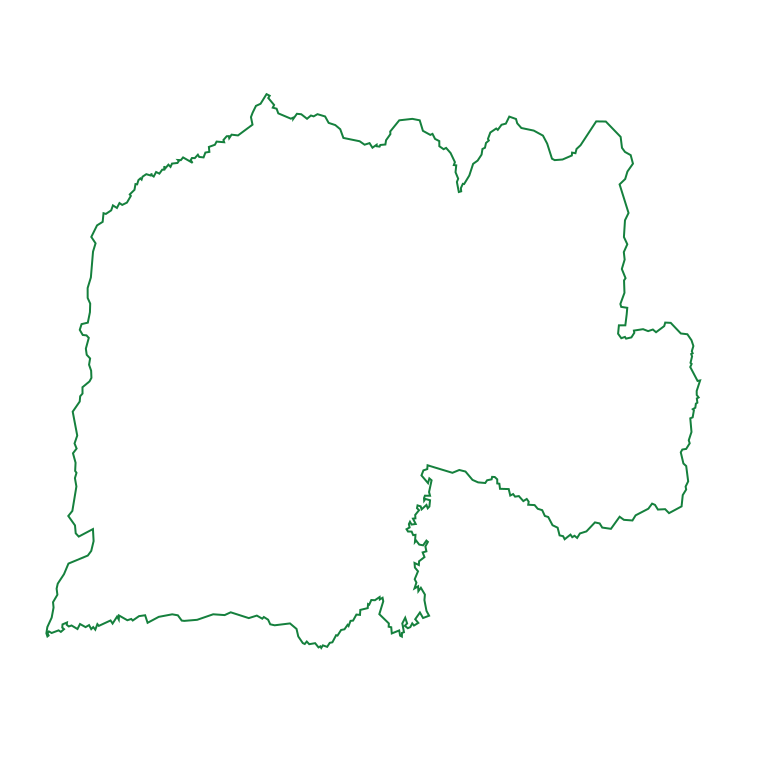 Si Thep, Phetchabun, Thailand (Equal Earth projection), rotated 185°
{"feature_id": "78962969B52356787217870", "entity_name": "Si Thep", "entity_type": "district", "adm_level": 2, "iso_a3": "THA", "parent_name": "Thailand", "parent_adm1": "Phetchabun", "projection": "equal_earth", "projection_center": [101.094, 15.447], "detail": "fine", "context": "isolated", "style": "outline", "palette": "green", "viewbox_px": 768, "rotation_deg": 185, "n_neighbors": 0, "source": "geoboundaries", "source_scale": "gbopen_adm2", "svg_char_len": 6115}
<svg xmlns="http://www.w3.org/2000/svg" viewBox="0 0 768 768"><g transform="rotate(185 384 384)"><path d="M678.3,529.7L678.4,521.0L683.7,517.0L688.4,505.0L683.6,499.0L685.4,490.5L685.3,464.6L687.6,453.8L686.7,443.9L683.7,438.5L683.2,429.9L684.4,419.3L690.5,417.3L691.8,411.4L688.4,406.6L684.6,406.5L682.1,404.2L684.1,393.2L682.7,387.2L679.0,383.8L679.5,377.5L676.9,371.7L676.0,364.6L677.6,360.9L684.1,354.5L683.5,348.2L685.6,345.3L685.6,340.0L691.7,329.3L685.1,305.9L687.1,297.8L684.6,292.9L687.8,287.9L684.4,278.7L684.1,270.5L682.6,268.7L683.7,263.3L681.5,255.1L683.4,230.4L687.0,225.0L679.5,216.2L678.1,208.4L674.8,205.4L661.3,214.1L659.6,202.2L661.1,192.2L664.1,187.3L682.7,177.6L686.2,166.7L691.6,156.7L692.3,151.6L691.0,145.6L694.7,137.8L693.7,132.5L694.7,122.3L698.2,112.5L698.6,106.2L697.3,103.2L696.2,104.2L697.5,106.5L696.3,108.3L693.4,107.0L686.7,110.2L684.3,108.9L681.4,111.9L683.3,113.3L683.3,116.5L679.0,118.8L679.1,116.5L676.9,115.0L674.2,116.2L668.0,113.2L665.9,118.4L660.1,115.8L656.8,118.1L654.3,114.3L652.5,116.5L650.2,114.1L648.6,119.8L647.0,118.2L635.8,124.6L633.5,121.7L629.6,129.1L627.7,126.2L627.8,130.3L619.1,126.3L615.3,127.9L613.7,126.5L607.8,131.4L601.8,132.8L598.7,125.5L588.1,132.4L574.9,136.1L569.2,135.6L564.9,130.7L562.4,130.6L549.6,132.8L534.1,139.7L522.6,139.9L516.8,143.2L498.3,139.0L490.5,142.2L484.8,139.6L483.4,141.4L478.9,139.1L476.4,134.7L471.9,134.1L456.8,137.3L449.8,132.4L447.4,125.0L442.3,118.8L440.3,118.1L438.5,120.7L435.8,118.3L430.0,119.8L426.3,115.9L424.5,117.1L423.5,115.6L422.1,118.3L417.7,117.2L415.5,121.4L412.9,122.2L409.8,129.6L408.4,129.3L405.3,135.2L402.0,136.2L399.3,140.9L398.2,139.8L396.7,145.1L394.2,145.6L391.4,151.9L387.8,151.9L387.9,156.9L380.7,159.3L380.7,163.4L379.5,162.9L377.8,167.7L374.2,167.8L369.8,171.4L369.4,169.0L366.8,170.9L365.8,167.5L368.6,154.3L358.3,145.9L358.2,142.6L355.6,142.3L354.5,136.2L347.4,139.8L346.0,134.7L344.2,133.9L344.4,137.6L342.5,138.5L344.9,147.1L342.5,153.0L340.1,147.5L342.2,144.9L339.0,142.8L336.6,144.1L335.0,148.0L333.1,146.0L329.0,149.0L332.4,152.4L328.3,159.5L324.7,154.3L318.9,157.1L321.9,161.7L324.9,172.2L324.9,177.8L329.5,184.2L331.7,180.6L332.4,185.4L335.8,183.0L334.4,189.0L336.4,192.2L333.8,200.4L337.2,203.8L338.0,208.4L333.5,206.7L333.6,210.5L328.6,215.1L330.8,219.6L327.2,221.0L328.6,225.8L326.5,230.5L328.1,231.7L331.0,226.7L334.9,227.1L338.3,230.8L339.4,229.2L339.5,236.5L341.8,236.0L343.6,239.4L347.2,239.1L348.9,241.3L346.0,243.3L347.0,246.6L346.1,249.0L344.3,246.4L340.2,247.3L343.4,252.4L341.0,252.9L341.5,256.3L338.1,261.3L340.3,263.2L340.0,266.0L336.8,265.3L335.6,262.4L331.2,267.2L329.6,264.0L328.1,265.9L328.0,272.2L332.8,273.1L333.8,271.3L334.2,273.8L333.5,276.3L328.4,276.7L329.7,280.3L328.2,292.2L330.6,293.9L331.5,289.1L338.7,296.2L337.2,301.4L333.5,303.0L333.5,306.8L308.1,301.5L301.5,304.9L295.2,303.9L287.5,296.2L281.7,294.2L274.5,294.2L272.9,297.1L268.5,298.4L268.2,300.9L265.6,301.0L262.9,298.9L262.5,294.8L260.4,294.7L259.3,289.7L250.6,290.2L248.5,283.9L245.8,285.6L243.6,283.2L239.9,284.1L235.0,279.5L231.8,281.9L229.6,279.4L229.8,276.3L223.4,276.5L220.0,273.1L215.4,272.1L212.3,266.6L208.8,265.8L203.8,258.0L198.5,256.0L195.9,248.5L192.3,248.0L190.5,245.1L185.1,250.2L183.1,247.8L181.0,249.4L178.2,247.5L175.8,252.2L169.5,254.8L161.8,264.5L157.0,263.9L154.1,260.0L145.3,259.5L137.7,272.3L133.2,269.6L124.6,269.7L121.9,275.1L109.8,282.8L106.5,288.2L103.5,287.2L100.2,282.8L93.0,283.8L88.8,280.2L76.9,288.0L76.7,299.4L73.8,305.2L74.6,308.1L72.5,313.5L75.8,328.6L78.8,330.9L82.4,341.8L81.1,344.7L77.3,345.7L74.3,351.6L75.5,354.5L73.5,363.0L75.9,376.5L73.6,377.7L73.0,384.8L74.2,385.8L71.8,387.5L71.6,391.6L70.2,392.7L71.1,396.9L69.4,398.0L71.5,400.3L71.9,404.3L69.4,415.1L71.9,414.4L80.4,427.6L79.3,430.8L80.5,431.8L79.5,438.4L80.6,440.6L79.2,441.5L80.2,443.5L79.1,448.8L81.5,454.4L86.1,460.0L92.7,460.2L103.7,469.9L109.2,469.7L109.9,466.1L117.5,459.3L120.9,461.7L125.5,459.7L130.7,461.2L139.7,459.0L139.1,456.8L141.6,452.0L146.8,450.3L148.1,451.9L151.6,450.3L155.2,454.5L155.1,462.9L148.7,463.5L148.3,474.6L148.3,481.1L154.4,481.5L155.5,484.3L152.4,495.8L153.9,508.1L152.6,510.5L157.1,519.3L155.1,528.9L156.6,536.3L153.8,544.4L157.8,551.3L158.2,568.1L155.3,575.7L166.7,603.4L161.6,609.2L160.0,616.9L155.2,625.2L158.2,633.5L164.2,636.2L167.5,640.0L169.8,650.8L185.9,664.8L195.5,664.1L209.0,639.0L212.7,634.9L213.4,630.6L216.8,630.9L216.8,628.0L225.7,623.2L233.5,621.9L236.3,623.1L242.4,637.7L247.3,645.3L256.9,649.5L269.5,651.0L274.0,655.3L275.6,659.5L282.5,661.3L285.3,654.0L289.5,652.5L292.8,647.1L294.5,648.3L300.0,643.8L301.8,637.2L300.8,635.7L303.4,633.0L304.0,628.2L306.4,626.7L306.8,621.0L310.2,614.7L314.4,611.1L317.2,599.1L321.6,590.2L322.9,590.3L324.5,585.8L323.9,582.7L326.2,581.8L329.0,591.6L328.0,595.0L331.2,601.2L331.1,608.1L333.5,608.2L332.7,611.2L337.8,619.9L342.7,624.6L345.1,623.1L349.6,625.7L350.1,630.8L354.5,632.6L357.5,637.4L359.6,636.2L367.3,639.6L371.4,649.8L378.9,650.6L391.8,648.0L399.8,636.1L399.4,633.5L403.2,627.0L403.5,622.7L408.5,621.8L409.1,620.1L412.0,620.2L412.2,621.7L416.1,618.4L419.4,622.7L424.2,620.7L429.4,623.7L445.9,625.6L449.8,634.0L455.1,637.7L461.9,639.3L466.0,645.4L473.8,647.0L477.4,644.5L480.2,645.1L483.8,641.5L489.9,645.5L494.3,645.6L497.5,640.2L497.6,641.5L499.9,640.2L512.9,644.4L515.0,648.9L518.9,649.6L517.8,652.4L524.2,658.8L523.0,661.2L526.3,662.5L531.4,652.4L535.8,649.9L538.5,642.9L539.8,638.3L537.6,630.9L551.1,618.9L557.6,619.1L559.6,615.4L560.2,617.4L562.3,617.1L565.2,613.1L564.3,610.9L571.9,610.9L573.3,607.6L579.1,604.9L578.2,600.0L582.1,599.0L583.5,594.0L587.9,594.1L589.4,596.2L592.2,592.5L595.0,592.4L596.1,590.2L594.0,587.6L603.9,592.2L605.9,589.3L608.8,589.2L607.8,588.3L609.0,586.2L614.4,585.1L615.6,581.7L617.9,583.7L620.7,579.7L621.9,581.8L621.6,578.4L623.6,578.2L626.1,574.0L629.5,575.3L631.5,570.6L633.8,571.8L633.7,573.5L634.7,571.4L639.1,572.3L642.6,569.5L643.3,566.5L644.6,567.6L646.4,565.7L647.3,561.4L649.0,561.5L649.5,555.7L653.8,550.7L652.6,549.3L655.9,542.3L660.4,539.6L663.3,541.2L665.4,536.1L669.6,538.3L670.9,533.2L675.9,529.2L678.3,529.7Z" fill="none" stroke="#15803d" stroke-width="2"/></g></svg>